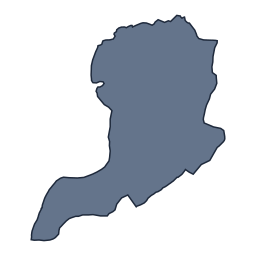 Balanga, Gombe, Nigeria (orthographic projection)
{"feature_id": "59680162B30817931145163", "entity_name": "Balanga", "entity_type": "district", "adm_level": 2, "iso_a3": "NGA", "parent_name": "Nigeria", "parent_adm1": "Gombe", "projection": "orthographic", "projection_center": [11.616, 9.82], "detail": "fine", "context": "isolated", "style": "filled", "palette": "slate", "viewbox_px": 256, "rotation_deg": 0, "n_neighbors": 0, "source": "geoboundaries", "source_scale": "gbopen_adm2", "svg_char_len": 2752}
<svg xmlns="http://www.w3.org/2000/svg" viewBox="0 0 256 256"><path d="M193.2,174.2L201.3,164.5L209.8,160.4L212.8,155.1L217.2,147.4L219.1,146.0L221.9,143.2L223.3,141.8L224.3,140.4L224.8,138.9L224.7,136.4L224.4,134.5L223.8,130.9L223.7,130.5L220.7,128.4L213.4,126.9L204.2,123.0L203.3,119.6L203.5,117.5L204.4,113.7L205.2,109.6L206.5,105.1L209.4,98.9L210.6,94.2L214.6,89.1L216.8,83.3L216.3,77.8L216.2,75.4L212.4,72.6L211.9,66.8L212.8,62.0L213.0,56.6L214.7,47.8L217.1,42.9L217.2,40.7L215.7,40.4L212.5,40.2L211.2,40.2L208.2,40.1L203.5,39.9L198.7,38.5L196.8,35.8L196.5,34.5L196.1,33.4L195.7,32.5L194.8,30.2L191.8,26.3L189.4,23.1L188.5,23.1L186.9,22.3L185.2,20.5L184.8,18.5L184.5,17.1L183.1,17.5L182.6,17.9L182.0,18.1L181.6,17.9L180.9,17.2L180.3,16.0L176.8,15.4L170.6,21.5L168.3,20.8L164.6,22.4L158.1,19.7L156.9,20.7L155.2,22.0L154.1,23.9L152.1,25.2L149.5,24.1L146.4,23.0L143.0,22.8L141.0,23.3L136.4,25.2L132.5,27.0L132.1,25.5L131.0,25.4L128.8,26.3L126.3,27.7L124.6,27.0L121.4,27.1L118.8,28.0L116.7,29.8L116.4,31.6L114.3,33.1L114.0,34.2L114.6,35.2L115.1,36.2L113.3,39.0L109.7,39.9L105.8,40.0L103.0,40.8L102.4,42.2L101.9,44.1L100.6,45.0L98.0,45.7L97.6,47.7L95.6,52.0L92.7,59.9L91.4,65.6L91.3,69.4L91.1,75.1L91.5,79.1L91.5,80.3L92.3,81.8L93.0,82.7L94.6,82.8L96.5,82.9L99.8,81.5L103.0,81.8L104.1,83.5L102.5,85.6L100.0,87.0L97.9,87.0L96.9,88.5L96.1,91.3L97.1,93.1L97.6,96.5L100.4,99.9L104.3,104.6L108.6,107.1L111.9,110.6L111.9,110.8L110.2,119.1L110.2,126.8L108.3,137.1L109.6,141.5L109.4,145.7L110.2,150.9L110.2,151.0L109.6,157.4L109.5,158.0L109.0,160.9L106.0,165.1L104.7,167.0L101.5,169.4L96.8,172.1L94.3,173.3L93.1,173.9L90.1,175.1L83.9,177.4L80.6,177.7L77.3,178.0L74.8,177.9L68.9,177.7L65.7,177.4L63.5,177.2L60.5,178.2L56.4,180.9L54.8,183.0L52.5,185.7L51.6,186.9L49.3,189.6L48.6,191.0L47.5,192.9L46.6,194.4L45.0,197.5L44.4,199.0L43.3,202.3L42.4,204.9L42.0,207.6L41.9,207.7L42.0,207.7L39.3,213.0L38.4,215.9L38.2,216.8L37.1,219.9L34.6,224.0L33.7,226.4L32.1,231.0L31.9,232.1L31.5,235.0L31.6,236.9L31.6,237.0L31.2,239.7L34.2,240.2L39.1,240.0L44.0,240.6L49.9,240.0L52.9,239.0L53.7,238.6L55.4,237.5L58.6,234.1L59.0,230.3L59.7,227.7L61.0,226.5L63.1,224.2L66.3,220.9L69.2,218.6L71.5,217.7L75.7,216.3L78.5,216.3L82.7,214.9L84.6,214.9L88.3,214.9L88.7,214.9L93.0,214.6L100.4,215.9L107.3,215.9L109.0,213.6L112.8,211.7L115.0,209.9L116.7,204.2L121.6,197.9L127.8,195.0L136.2,206.8L136.8,206.2L140.6,204.8L144.3,202.9L146.6,200.6L148.0,198.2L151.3,195.4L153.7,194.0L156.0,192.2L157.9,191.7L161.1,189.8L162.2,188.6L162.9,187.8L165.4,186.6L167.3,185.3L169.2,183.9L170.0,183.4L172.4,181.6L173.3,181.0L175.2,179.1L177.0,177.3L178.0,177.3L181.2,174.9L182.2,174.0L182.6,173.5L185.0,170.3L185.4,169.5L189.1,172.1L193.2,174.2Z" fill="#64748b" stroke="#1e293b" stroke-width="1.5"/></svg>